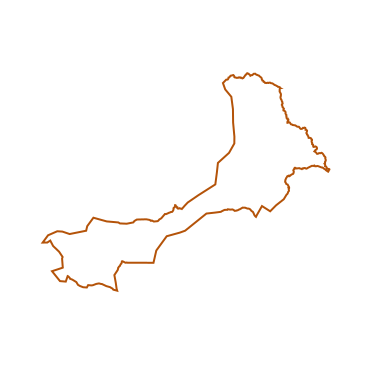 outline of Sagsai, Bayan-Ölgiy, Mongolia, rotated 203°
{"feature_id": "93677404B38379350296710", "entity_name": "Sagsai", "entity_type": "district", "adm_level": 2, "iso_a3": "MNG", "parent_name": "Mongolia", "parent_adm1": "Bayan-Ölgiy", "projection": "mercator", "projection_center": [88.996, 48.517], "detail": "fine", "context": "isolated", "style": "outline", "palette": "amber", "viewbox_px": 384, "rotation_deg": 203, "n_neighbors": 0, "source": "geoboundaries", "source_scale": "gbopen_adm2", "svg_char_len": 5950}
<svg xmlns="http://www.w3.org/2000/svg" viewBox="0 0 384 384"><g transform="rotate(203 192 192)"><path d="M191.8,180.7L193.3,176.7L194.7,172.4L195.4,172.5L196.0,172.2L197.0,172.3L197.6,171.6L198.6,171.2L198.9,171.3L199.5,171.6L199.5,172.2L200.1,172.3L200.5,172.5L201.1,172.3L201.4,172.9L202.0,173.4L202.4,173.3L202.0,171.6L202.0,171.1L202.6,170.4L202.7,169.9L202.2,168.6L202.1,168.0L202.3,166.6L202.5,166.0L203.9,165.1L204.4,164.4L205.4,163.6L205.9,162.9L207.3,161.5L208.3,161.2L210.0,155.8L211.4,153.9L211.8,152.4L212.3,151.7L215.6,149.9L217.7,150.1L218.3,149.8L218.5,149.4L218.9,149.4L219.9,149.8L223.4,149.0L231.8,145.2L232.1,145.0L233.7,142.8L234.1,141.1L239.7,137.3L246.1,134.9L247.9,135.2L259.0,131.6L272.7,129.8L275.1,119.6L274.3,115.0L288.2,105.5L295.9,104.9L300.7,103.2L307.6,95.9L309.7,87.1L305.5,88.9L303.5,91.9L298.7,88.0L291.0,85.1L285.7,81.6L285.6,80.0L281.4,71.9L281.9,71.4L289.9,64.4L278.7,58.4L273.2,60.2L273.6,66.0L273.0,66.0L271.6,65.4L270.5,64.8L270.3,64.5L268.0,64.6L263.3,63.9L260.7,62.0L258.4,61.7L255.0,61.8L251.5,63.0L251.2,65.7L248.1,66.7L246.9,67.4L244.2,70.0L241.9,71.5L239.8,71.8L239.0,72.1L234.1,71.9L231.0,72.3L229.9,72.4L228.7,72.1L227.7,72.1L227.1,71.9L226.5,71.4L225.7,71.4L222.3,71.9L223.6,73.5L226.8,78.8L231.0,85.2L229.9,91.2L230.1,92.7L230.3,93.1L230.3,93.4L230.2,93.6L230.1,94.3L230.1,94.7L229.5,95.7L229.5,97.0L229.4,97.8L229.0,98.6L229.2,99.8L229.4,100.5L229.4,100.8L228.9,101.1L225.7,100.9L225.4,101.0L224.8,101.3L224.5,101.6L223.7,101.7L199.8,111.8L202.0,124.2L198.0,141.4L187.4,149.8L183.2,153.7L170.3,177.8L163.0,181.9L157.7,185.0L157.1,185.9L155.1,188.2L153.5,189.0L152.5,189.4L152.3,190.1L150.0,190.7L147.8,191.8L146.0,191.6L145.5,191.3L144.1,192.0L143.5,192.6L142.9,192.9L141.9,194.2L141.3,194.7L139.3,197.4L137.0,198.3L134.5,198.4L133.2,198.9L131.8,198.8L129.8,197.8L128.2,197.5L127.2,196.7L125.4,195.0L124.1,194.3L123.4,194.1L123.3,196.0L122.1,206.4L112.5,204.8L109.4,212.6L104.7,221.2L103.9,226.7L103.5,227.3L103.4,228.0L103.5,229.9L103.2,230.8L103.4,231.5L103.9,232.1L104.6,233.4L104.7,233.5L104.2,233.7L104.3,234.0L104.7,234.5L106.4,235.8L106.8,236.2L108.3,236.2L109.1,237.0L109.9,237.4L110.4,238.2L110.3,238.5L110.6,239.0L110.8,240.0L110.7,240.5L110.8,241.3L110.5,242.8L110.5,243.5L110.4,243.8L110.0,244.2L109.7,244.1L109.3,244.3L109.2,244.6L109.0,244.4L108.6,244.5L108.1,245.2L107.5,246.5L107.0,247.2L106.0,248.2L105.9,248.7L106.1,249.5L106.1,250.2L106.5,250.9L107.1,251.3L107.2,251.6L107.2,252.1L107.1,252.7L106.6,253.4L107.0,253.6L107.0,254.1L106.9,254.4L106.1,254.7L105.5,254.4L105.0,254.5L102.5,255.9L101.6,255.8L100.5,256.1L99.8,256.0L99.5,256.7L99.0,256.9L98.9,257.4L98.4,257.5L97.7,258.1L97.3,258.2L96.0,258.1L95.3,258.7L94.8,259.5L91.9,262.9L90.3,263.5L89.8,264.2L89.3,264.1L88.9,263.8L87.9,264.1L86.9,264.9L85.8,265.1L82.3,265.2L81.5,265.5L80.3,265.3L79.4,265.0L78.3,264.9L77.2,264.4L74.6,263.9L74.5,264.3L74.6,265.3L74.3,266.3L74.4,266.6L74.6,266.7L76.6,266.3L77.4,266.8L77.6,267.2L77.9,267.4L78.8,267.9L79.6,267.8L79.9,268.8L80.3,269.4L81.1,269.8L80.9,270.2L80.8,270.6L81.1,271.0L81.1,271.4L81.4,272.1L81.1,273.0L81.4,273.8L82.5,275.1L82.7,276.0L83.3,276.4L83.9,276.6L84.2,276.6L84.5,277.0L86.5,278.3L87.6,278.7L88.1,278.7L89.1,277.8L90.2,277.5L90.6,277.0L91.0,276.4L91.8,276.0L93.4,276.9L94.3,277.1L95.2,277.2L94.7,279.1L94.2,279.5L94.0,279.8L93.9,280.7L94.1,281.3L95.0,282.1L96.2,282.2L96.5,282.0L96.9,281.5L97.7,281.0L97.9,281.0L98.2,281.3L99.0,282.8L99.3,282.9L100.1,282.9L100.2,283.0L100.3,283.3L100.4,283.8L100.6,284.2L101.3,284.7L101.9,285.7L101.7,286.3L102.0,287.1L102.6,287.4L103.0,287.4L103.4,287.9L103.9,288.0L104.6,287.9L105.8,287.4L106.8,288.8L107.5,289.1L107.9,289.7L108.7,289.9L109.0,290.5L109.8,291.0L109.8,292.3L109.9,292.9L110.1,293.5L110.8,293.8L111.8,293.6L112.0,294.3L112.8,295.3L113.7,295.2L114.3,294.5L114.9,294.4L115.1,293.6L115.2,293.4L116.3,292.6L117.4,292.8L118.6,293.6L119.1,293.8L120.5,293.3L121.1,293.3L122.8,293.7L124.5,293.3L125.6,293.0L126.1,293.2L127.4,293.0L129.2,294.2L129.4,294.2L129.6,294.2L131.2,293.0L131.4,293.3L131.4,293.7L131.6,294.0L131.6,294.5L131.6,294.8L131.5,295.2L131.3,295.3L131.3,295.5L131.6,296.3L132.2,296.3L132.5,296.9L133.2,296.6L133.6,296.9L134.0,297.2L134.4,298.3L135.0,298.8L135.1,299.7L135.9,300.1L136.7,300.9L136.9,301.7L137.2,302.2L137.6,302.5L138.4,302.8L139.7,302.8L140.0,303.3L139.9,304.5L140.7,305.0L141.7,305.4L141.8,305.8L142.7,306.6L143.0,307.3L143.4,307.4L143.4,308.0L143.2,308.7L143.2,309.0L143.8,309.6L144.0,310.2L144.6,310.5L145.5,311.6L145.9,312.0L146.4,312.2L147.1,313.0L147.7,314.0L147.7,315.0L147.9,315.3L148.0,316.0L148.5,317.0L149.0,317.5L150.0,318.1L150.3,318.1L150.1,318.2L150.1,318.3L150.3,318.4L150.6,318.7L150.7,319.4L151.0,319.7L151.2,320.1L151.6,321.8L151.3,322.0L151.6,322.0L151.6,322.3L151.9,322.4L152.1,322.7L153.1,322.7L154.0,322.4L154.6,322.7L155.3,322.7L156.7,322.9L157.9,322.8L159.3,323.2L160.5,323.4L162.0,323.0L162.9,323.2L163.8,322.7L164.1,322.3L164.5,322.1L164.9,322.2L165.3,322.0L166.2,321.3L167.5,321.0L168.2,321.5L169.1,321.4L169.3,321.8L169.9,322.2L170.8,322.1L171.2,322.6L171.7,322.9L172.3,323.9L172.7,324.2L173.4,324.5L175.0,324.9L175.8,325.3L177.1,325.2L177.8,325.3L178.4,325.1L179.3,325.3L180.0,325.6L181.4,324.9L182.0,323.6L182.1,323.2L182.9,322.8L183.7,321.8L184.4,322.4L185.1,322.6L185.7,322.7L186.2,323.0L186.6,322.8L187.6,322.9L187.9,321.8L188.4,321.1L188.3,320.6L188.7,319.9L188.7,319.5L189.0,318.3L189.1,317.7L189.3,317.5L189.3,317.0L190.1,316.2L191.4,316.5L191.9,316.4L192.1,316.1L192.3,316.3L192.6,316.3L194.0,315.6L194.1,315.2L195.5,314.5L196.3,314.5L197.2,314.2L197.9,314.3L198.1,314.8L198.6,315.3L199.6,315.8L200.0,315.6L200.9,314.7L201.5,314.5L202.0,314.0L202.0,313.5L202.4,312.4L202.6,311.9L203.1,311.6L202.9,310.4L203.0,309.6L203.3,309.3L204.4,308.8L206.1,304.4L201.5,299.4L193.0,295.0L186.7,284.3L181.3,272.0L174.6,259.5L172.0,253.2L173.2,242.5L179.5,228.9L176.7,219.6L173.5,208.1L184.9,191.5L191.8,180.7Z" fill="none" stroke="#b45309" stroke-width="2"/></g></svg>